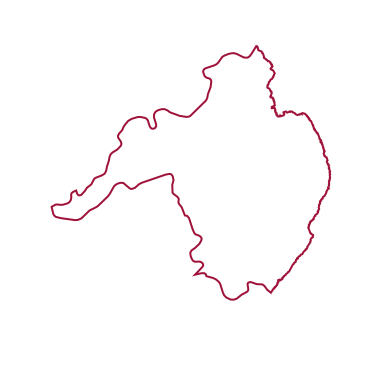 Sosua, Puerto Plata, Dominican Republic, rotated 72°
{"feature_id": "3306468B55760825381670", "entity_name": "Sosua", "entity_type": "district", "adm_level": 2, "iso_a3": "DOM", "parent_name": "Dominican Republic", "parent_adm1": "Puerto Plata", "projection": "orthographic", "projection_center": [-70.473, 19.663], "detail": "fine", "context": "isolated", "style": "outline", "palette": "rose", "viewbox_px": 384, "rotation_deg": 72, "n_neighbors": 0, "source": "geoboundaries", "source_scale": "gbopen_adm2", "svg_char_len": 5844}
<svg xmlns="http://www.w3.org/2000/svg" viewBox="0 0 384 384"><g transform="rotate(72 192 192)"><path d="M312.0,148.2L311.4,147.9L311.4,147.0L309.6,145.1L309.6,144.5L309.0,144.1L309.0,143.5L308.4,143.2L308.4,142.6L307.8,142.3L307.8,141.3L306.9,140.7L306.9,140.0L306.3,139.4L305.1,139.1L305.1,138.5L304.5,137.8L303.6,137.8L303.6,137.5L302.4,137.2L302.4,136.0L303.0,136.0L303.0,135.3L303.3,135.3L303.0,134.1L302.7,134.1L302.7,133.1L302.1,132.5L301.5,132.5L301.5,131.8L300.7,131.2L300.7,130.3L300.1,130.0L299.8,128.4L298.9,127.7L298.6,126.2L297.7,125.2L297.7,124.3L292.0,118.3L292.0,117.7L291.1,117.0L290.8,115.8L290.3,115.4L290.3,114.8L288.8,114.2L288.5,113.2L287.9,112.9L287.9,112.0L287.3,112.0L287.3,111.3L286.4,110.7L286.1,108.8L285.2,107.9L285.2,106.3L283.1,104.1L282.8,102.8L281.6,101.6L281.9,100.9L280.4,99.4L279.9,99.4L276.3,94.9L275.7,94.9L274.8,94.0L273.9,94.0L273.0,93.1L272.4,91.2L271.8,91.2L270.9,90.2L270.1,90.2L268.9,91.5L268.3,91.5L268.0,92.1L262.0,92.4L262.0,92.1L260.8,91.8L260.6,91.2L259.1,90.9L259.1,90.2L258.5,89.6L257.9,89.6L257.3,88.6L256.7,88.6L256.7,87.4L256.1,87.1L255.8,85.5L255.2,85.2L255.2,84.5L254.6,84.5L252.8,82.7L252.8,82.0L251.9,81.7L251.3,79.5L250.4,78.5L249.6,78.6L249.3,77.9L248.7,77.9L247.5,76.3L245.7,76.3L244.8,75.4L243.3,75.1L242.7,73.8L241.8,73.8L241.2,73.2L240.6,73.2L240.6,72.6L240.1,72.6L239.5,71.9L239.5,71.3L238.6,70.7L238.6,69.7L237.1,68.8L236.8,67.2L234.1,64.4L233.5,64.4L231.1,61.8L231.1,61.2L230.3,61.2L230.3,60.9L229.7,61.2L228.2,59.6L227.3,59.6L226.7,59.0L225.5,59.0L224.9,58.4L224.0,58.4L223.7,57.7L223.1,57.7L222.8,57.1L221.0,56.5L221.0,56.2L218.4,55.8L218.1,55.2L216.3,55.2L216.3,54.9L214.8,54.6L214.8,54.3L212.4,54.6L212.4,54.3L211.3,54.3L211.3,54.0L208.6,54.0L208.6,53.6L207.1,54.0L207.1,54.3L204.4,54.3L203.8,53.3L200.9,53.3L200.9,53.6L199.7,54.0L198.8,54.9L198.2,54.9L198.2,54.6L196.1,54.9L195.2,54.0L194.6,54.0L194.3,53.3L193.1,53.3L193.1,53.6L190.2,53.6L190.2,53.3L187.2,53.6L187.2,53.3L185.4,53.3L184.8,54.3L183.9,54.3L183.6,53.3L182.8,53.3L182.8,53.6L182.2,53.6L181.6,54.3L180.7,54.3L180.7,54.0L175.3,54.3L175.3,54.6L174.4,54.6L174.1,55.2L172.7,55.2L172.1,55.8L170.6,55.8L170.6,56.2L169.4,56.2L169.4,56.5L166.1,56.2L166.1,56.5L161.4,56.8L160.5,57.7L159.0,57.7L159.0,58.1L158.1,58.0L158.1,58.4L156.6,58.4L156.6,58.7L155.4,59.0L155.4,59.3L154.0,59.3L153.7,59.9L152.2,60.6L152.1,61.2L151.0,62.5L151.3,63.7L151.6,63.7L151.3,64.0L151.3,65.9L151.6,65.9L151.3,68.1L150.1,69.4L148.6,70.0L147.4,71.6L146.8,71.6L146.2,72.2L146.2,73.5L145.9,73.5L145.9,74.5L145.6,74.5L145.9,77.0L144.4,77.9L144.4,80.1L145.0,80.1L145.0,80.4L146.5,80.1L147.4,81.1L147.4,83.9L147.1,83.9L147.1,84.9L146.8,84.9L147.1,85.2L147.1,86.4L146.5,87.1L145.6,87.1L145.6,87.4L144.4,87.4L144.4,87.7L143.3,87.4L143.3,87.7L141.8,87.7L141.8,88.0L140.3,88.0L140.0,87.4L137.6,87.4L137.0,88.0L137.0,89.0L137.3,89.0L137.0,90.2L135.8,89.9L135.2,86.4L132.0,86.1L132.0,85.8L130.2,85.8L130.2,86.1L128.7,85.8L128.7,86.1L127.8,86.1L127.8,86.4L126.9,86.4L126.3,88.0L125.4,88.0L124.8,87.1L124.3,87.1L123.1,85.8L121.6,85.5L121.6,85.8L120.4,85.8L120.4,86.1L117.7,86.4L116.2,88.0L115.3,88.0L114.5,87.1L113.6,87.1L113.0,85.8L111.5,85.2L110.9,84.5L110.9,83.9L109.4,82.6L109.1,80.7L107.9,79.8L107.9,79.2L107.0,78.9L106.4,77.9L105.9,77.9L104.7,76.6L101.4,77.3L99.6,79.2L99.0,79.2L98.4,78.5L98.1,77.3L97.2,77.0L97.2,76.6L95.8,76.6L95.8,77.0L94.9,77.0L94.9,77.3L93.4,77.3L93.4,77.6L91.9,77.9L91.0,78.8L91.0,79.5L89.8,79.8L88.9,80.7L88.3,80.7L87.1,82.0L86.3,82.0L86.3,81.7L82.1,81.7L81.8,82.3L80.0,82.3L77.6,85.1L75.0,84.8L75.0,85.1L73.5,85.1L73.1,85.8L78.5,92.1L80.6,95.0L81.3,97.0L81.2,98.5L80.0,101.2L74.6,106.7L72.9,109.2L72.2,112.2L72.0,114.6L72.3,119.2L72.9,121.5L77.1,127.1L78.1,129.3L78.5,132.5L78.5,140.6L79.0,142.7L80.1,143.8L81.4,144.3L85.5,144.2L87.3,143.3L89.8,140.0L91.4,139.3L93.1,139.6L98.1,142.0L103.7,146.5L107.5,148.6L109.4,150.6L119.2,170.3L119.3,171.7L119.0,173.8L115.8,180.2L109.4,188.3L106.8,190.1L104.6,192.7L103.9,195.1L103.7,198.5L104.1,201.0L104.8,202.4L106.3,204.0L109.1,205.1L116.3,205.2L118.3,205.7L119.7,207.3L119.9,209.2L119.4,210.5L118.3,211.4L116.2,211.9L110.1,211.9L108.1,212.7L106.8,214.1L104.5,218.3L103.9,220.7L103.8,226.6L104.6,230.6L107.3,234.9L108.9,236.9L111.6,239.3L114.0,243.4L115.8,245.1L117.5,245.4L122.1,244.1L124.2,244.2L125.4,244.8L126.3,245.8L128.5,249.9L129.9,255.6L131.3,258.0L132.9,259.4L136.7,261.5L141.8,265.2L145.0,266.9L147.1,268.8L147.8,270.0L148.4,273.2L148.7,278.8L149.2,280.9L153.7,285.5L155.5,290.6L157.8,293.4L160.6,298.3L160.4,300.3L159.5,301.3L157.6,301.8L154.8,301.7L155.2,305.2L156.0,307.0L157.1,307.7L160.2,308.6L162.5,310.0L163.7,311.7L164.3,313.3L164.3,318.3L163.7,320.7L162.1,324.4L161.9,325.8L162.7,330.1L169.8,330.7L171.9,330.3L173.6,329.2L176.4,324.7L182.6,311.9L183.3,309.1L182.9,305.3L177.9,295.1L176.8,287.7L176.1,285.5L170.1,273.2L168.2,270.6L162.6,264.5L161.8,263.0L161.1,260.6L161.1,257.3L162.2,254.5L169.2,250.2L170.1,249.2L170.5,247.9L170.4,245.0L168.2,239.9L167.7,236.6L167.3,211.7L167.8,207.9L168.5,206.6L169.8,205.8L171.3,205.5L175.0,205.9L179.2,208.6L186.6,210.7L187.9,210.3L191.9,207.5L193.7,206.8L194.9,206.8L197.0,207.9L198.7,208.2L203.5,206.5L212.1,206.0L213.2,204.0L215.9,202.9L228.1,202.9L232.1,202.4L233.4,201.7L235.3,199.2L236.9,197.8L238.2,197.3L239.5,197.3L241.0,198.2L243.6,201.0L246.2,206.5L247.3,210.2L248.7,212.0L250.2,212.7L252.6,213.0L255.1,212.9L257.5,212.4L259.2,210.9L260.4,206.6L261.2,205.3L262.9,204.0L264.3,203.8L265.5,204.2L266.4,205.1L271.6,214.7L272.1,208.5L272.9,205.6L274.3,204.3L276.5,204.3L280.4,198.4L282.8,196.0L286.3,194.0L288.7,193.6L296.9,193.7L300.1,193.4L303.0,191.9L306.2,188.5L307.3,185.6L307.3,182.6L305.0,176.5L303.9,170.4L303.1,169.2L301.9,168.5L296.6,167.6L295.7,166.6L295.5,165.3L296.1,163.5L299.7,158.8L301.4,154.2L302.2,153.1L303.9,152.1L308.4,150.6L312.0,148.2Z" fill="none" stroke="#9f1239" stroke-width="2"/></g></svg>